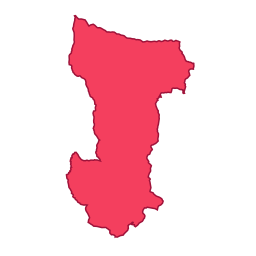 Sativanorte, Boyacá, Colombia, rotated 273°
{"feature_id": "7082276B25925183447781", "entity_name": "Sativanorte", "entity_type": "district", "adm_level": 2, "iso_a3": "COL", "parent_name": "Colombia", "parent_adm1": "Boyacá", "projection": "mercator", "projection_center": [-72.738, 6.126], "detail": "fine", "context": "isolated", "style": "filled", "palette": "rose", "viewbox_px": 256, "rotation_deg": 273, "n_neighbors": 0, "source": "geoboundaries", "source_scale": "gbopen_adm2", "svg_char_len": 5746}
<svg xmlns="http://www.w3.org/2000/svg" viewBox="0 0 256 256"><g transform="rotate(273 128 128)"><path d="M237.2,68.7L236.1,69.4L235.4,69.5L234.5,69.2L232.7,69.2L228.7,68.4L226.4,68.3L224.8,67.7L224.0,67.7L220.5,69.2L217.2,69.5L213.0,69.5L211.5,69.9L210.7,69.9L209.1,69.5L207.6,68.7L205.4,68.3L204.5,67.9L203.4,67.8L202.6,68.0L201.3,67.5L200.0,67.5L198.2,65.9L197.0,65.4L193.1,65.8L190.7,65.6L188.2,66.0L188.0,67.1L187.5,68.3L186.4,68.7L185.6,68.5L184.7,68.6L183.8,69.1L183.0,69.2L182.4,69.7L180.6,70.3L180.2,71.0L178.8,72.0L177.3,74.2L177.1,75.0L177.1,75.7L177.6,77.1L177.4,77.6L175.9,79.1L175.0,81.5L174.0,82.8L171.4,83.7L170.9,83.6L169.4,83.7L167.5,84.6L165.2,86.1L162.6,86.6L161.4,87.3L160.0,87.6L159.3,88.1L157.9,88.5L157.2,89.3L156.4,90.9L156.1,91.2L155.0,91.7L153.9,92.9L151.6,93.5L150.1,93.6L149.6,94.6L149.3,94.8L148.5,94.8L146.9,94.3L144.0,94.7L143.7,94.5L143.1,93.5L143.1,92.8L141.0,92.3L138.6,92.9L137.6,93.5L135.0,93.5L134.0,93.3L131.8,93.5L131.2,93.7L130.5,94.2L129.9,94.2L128.4,94.2L127.5,93.7L126.9,93.8L126.3,93.4L125.7,93.3L124.7,94.0L124.0,94.0L123.3,94.5L122.2,94.6L120.5,95.1L118.4,97.1L115.3,99.2L114.5,100.3L114.1,99.7L113.6,99.4L112.7,99.3L111.8,99.0L109.7,97.9L108.6,97.7L106.7,98.1L104.3,97.6L103.2,97.8L102.8,97.3L102.2,97.1L101.2,97.3L99.5,98.3L98.5,98.3L98.0,98.5L97.7,98.9L97.2,99.9L96.8,100.1L95.5,101.4L94.8,101.8L94.0,101.8L93.7,102.0L94.5,98.6L94.3,97.9L94.5,96.1L94.0,95.6L94.0,92.6L93.3,90.9L93.3,90.1L93.7,88.7L93.1,87.1L93.1,85.4L93.7,83.7L94.2,82.8L96.9,80.4L98.8,79.4L101.0,77.4L100.8,76.1L100.1,75.9L99.7,75.4L99.0,75.2L98.9,74.9L99.3,74.8L99.3,74.6L98.9,74.2L97.2,73.4L95.4,73.7L95.2,72.7L94.9,72.5L93.9,72.7L93.4,72.3L91.8,72.1L91.5,72.2L91.5,72.8L89.9,72.7L89.5,72.9L88.9,72.6L87.4,73.2L86.4,73.1L85.9,73.6L85.7,73.2L85.1,72.8L83.8,73.2L82.6,72.8L81.5,72.7L81.4,72.5L81.6,72.2L81.1,72.2L80.3,71.1L79.4,71.2L79.1,70.9L78.5,70.0L78.4,69.5L78.1,69.4L78.0,69.0L75.3,69.5L74.2,69.8L73.7,70.6L73.0,71.0L71.4,70.8L70.2,71.0L69.2,71.4L65.5,72.2L64.1,73.4L61.3,75.1L60.8,75.2L60.1,74.9L59.8,75.0L58.7,76.7L58.0,76.8L56.7,76.5L56.3,76.7L55.7,77.4L55.4,78.7L54.9,78.7L53.8,79.3L53.1,80.7L51.3,81.8L50.3,84.0L49.7,84.3L49.3,84.9L48.7,88.1L49.0,89.5L48.9,91.3L47.5,90.4L45.9,89.9L44.9,89.9L43.2,90.4L40.5,92.3L36.7,94.3L35.8,94.2L34.2,93.5L31.6,93.2L31.1,94.4L30.2,95.7L29.3,97.5L28.2,98.8L28.1,102.2L27.2,107.1L27.5,110.8L27.4,111.4L26.6,112.4L26.2,113.3L25.5,114.0L24.9,115.3L22.9,115.3L21.8,115.6L21.3,116.3L20.7,116.8L20.5,117.1L20.7,117.9L20.5,119.2L20.0,120.3L19.4,120.8L18.5,120.9L18.7,121.2L18.5,123.0L20.1,125.9L20.9,129.0L22.0,129.5L25.8,133.0L26.7,133.3L27.4,133.3L27.7,133.6L30.6,133.2L30.7,133.5L31.5,133.9L31.8,134.7L32.9,136.3L34.0,137.2L34.1,137.8L33.7,138.1L32.7,137.3L32.3,136.7L31.9,136.7L31.7,137.7L31.7,139.4L30.5,139.5L29.8,140.6L31.4,142.6L33.7,144.2L35.6,147.2L37.0,148.0L38.1,148.4L39.0,149.2L39.7,149.2L40.7,149.5L41.4,149.4L42.3,148.9L43.5,147.6L44.0,147.2L45.2,147.0L47.0,147.4L49.0,148.6L49.2,149.0L49.0,149.8L49.1,150.4L49.9,151.3L48.9,159.3L47.8,161.6L50.4,162.0L51.8,162.6L52.9,164.8L54.7,166.4L55.4,166.5L56.1,166.8L56.9,166.9L57.6,166.1L58.3,165.9L59.2,165.3L60.4,163.2L61.5,159.8L63.2,157.4L64.6,156.4L65.5,153.5L65.9,153.2L69.6,154.0L75.3,152.7L76.9,152.1L77.8,152.8L78.2,152.8L78.7,152.5L79.8,150.9L80.2,150.7L80.7,151.0L81.8,151.0L84.5,151.9L85.6,152.7L86.7,152.8L88.9,152.5L91.5,153.3L92.6,152.4L94.3,150.3L94.8,150.2L95.4,150.5L95.8,150.4L98.2,148.6L98.9,148.4L100.0,148.4L101.7,149.0L102.3,149.5L102.8,150.7L103.3,151.2L104.7,151.5L106.3,152.2L107.1,153.0L107.8,153.4L108.8,152.9L110.3,151.8L111.4,151.9L112.2,152.7L112.7,154.4L113.4,155.1L113.9,156.3L115.2,157.6L116.6,158.8L118.6,158.3L121.4,158.7L123.8,158.7L126.1,157.5L127.1,157.6L128.5,157.2L129.5,157.6L131.6,157.7L132.8,158.1L139.1,158.7L140.6,158.4L142.8,158.5L145.0,157.3L146.8,157.3L147.9,156.4L151.4,154.8L153.8,154.2L156.7,155.6L157.4,156.5L158.4,155.7L158.6,155.6L159.5,156.9L160.2,157.4L160.7,157.4L160.6,159.5L162.0,159.0L162.2,158.6L162.0,158.0L164.6,159.2L164.9,159.8L164.9,162.0L165.4,163.1L165.3,164.5L165.8,166.1L165.6,168.4L165.7,169.1L166.9,169.5L169.6,169.9L170.0,170.5L170.2,171.0L170.1,172.8L170.4,174.8L170.1,175.9L169.2,177.7L169.1,178.5L169.3,179.3L168.9,180.0L169.0,180.5L168.8,181.1L167.9,180.9L167.3,181.1L166.3,181.0L165.8,181.1L165.4,181.9L165.7,182.6L166.3,182.2L167.0,182.1L172.3,183.4L173.3,182.8L174.8,183.0L175.8,182.0L176.2,181.9L177.5,182.3L179.0,182.4L180.0,183.0L181.1,184.8L183.3,186.4L183.7,186.9L185.1,186.6L187.8,185.6L188.8,185.8L190.1,187.1L190.3,188.7L190.2,190.2L191.2,190.1L191.9,190.4L192.7,190.4L193.1,190.6L194.8,190.4L195.4,190.2L196.0,190.3L196.1,190.2L195.7,189.3L196.3,188.5L196.9,187.1L197.0,185.5L197.4,184.9L197.5,183.5L197.9,182.5L198.3,182.4L199.1,181.6L201.7,180.7L202.8,180.1L204.4,179.0L205.1,178.0L205.9,178.2L206.6,178.0L207.1,177.7L208.1,176.2L209.9,175.1L210.9,174.9L212.2,175.3L215.3,174.9L216.6,175.3L217.4,173.3L217.6,172.2L218.0,171.3L217.0,169.7L216.9,168.5L217.0,167.9L217.9,167.2L218.0,166.3L217.6,164.9L217.0,163.8L216.9,163.0L217.6,160.2L216.5,158.3L216.2,157.2L216.1,156.4L216.6,155.3L216.7,154.6L216.6,153.8L215.7,152.3L216.0,149.8L215.3,146.3L215.5,145.3L215.4,144.5L215.9,142.5L215.1,140.6L214.7,138.4L216.4,135.8L216.6,135.0L216.8,133.1L216.6,131.5L217.3,129.6L217.3,127.7L217.7,125.7L217.7,122.9L217.9,122.0L218.5,121.0L219.8,119.5L220.2,118.2L220.4,116.2L221.4,113.9L221.3,111.8L222.4,110.3L223.0,109.3L223.1,107.4L222.7,105.6L222.9,104.1L222.8,102.0L223.1,101.4L224.1,100.3L224.7,98.9L226.4,95.6L226.7,94.5L226.5,92.8L226.7,91.9L228.9,89.4L229.8,87.8L228.9,85.1L227.9,83.8L227.9,83.5L231.6,81.1L233.7,79.5L234.4,75.8L234.2,73.0L236.4,70.5L237.3,69.9L237.5,69.4L237.2,68.7Z" fill="#f43f5e" stroke="#9f1239" stroke-width="1.5"/></g></svg>